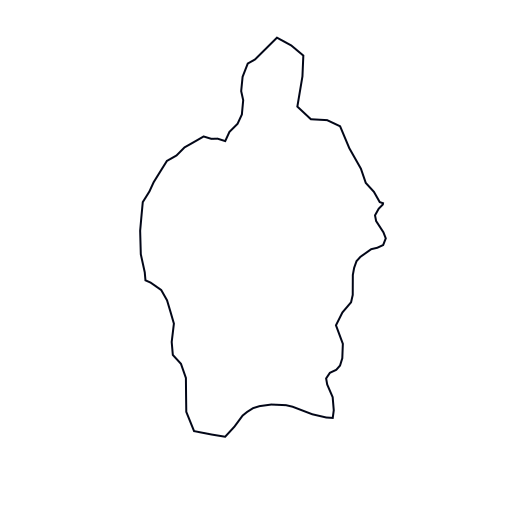 outline of Kaechon City, P'yŏngan-namdo, North Korea, rotated 150°
{"feature_id": "82179303B11143169061479", "entity_name": "Kaechon City", "entity_type": "district", "adm_level": 2, "iso_a3": "PRK", "parent_name": "North Korea", "parent_adm1": "P'yŏngan-namdo", "projection": "albers", "projection_center": [125.98, 39.701], "detail": "fine", "context": "isolated", "style": "outline", "palette": "ink", "viewbox_px": 512, "rotation_deg": 150, "n_neighbors": 0, "source": "geoboundaries", "source_scale": "gbopen_adm2", "svg_char_len": 1301}
<svg xmlns="http://www.w3.org/2000/svg" viewBox="0 0 512 512"><g transform="rotate(150 256 256)"><path d="M128.7,434.6L136.6,432.5L147.6,429.6L158.6,426.7L166.9,426.8L178.0,417.9L186.4,406.2L189.2,397.3L197.5,385.6L205.9,379.7L216.9,376.8L225.2,370.9L230.6,376.8L236.1,379.8L241.6,385.7L244.4,385.7L249.8,385.7L263.6,385.8L274.6,382.8L285.6,382.9L296.7,377.0L307.7,371.1L316.0,365.2L327.1,359.3L335.4,347.6L343.7,335.8L354.9,315.1L360.5,297.5L363.9,290.2L360.6,285.7L355.1,273.9L355.2,262.1L358.0,250.3L360.9,238.5L372.0,223.7L377.5,211.9L374.9,200.1L377.7,185.4L386.0,170.7L394.3,155.9L397.2,135.3L383.6,123.5L373.1,114.9L360.0,119.0L347.4,124.5L341.6,125.4L334.6,125.7L328.0,124.2L317.0,119.7L304.6,111.8L299.7,107.2L286.4,90.8L275.9,81.0L270.5,77.4L265.8,83.5L260.2,95.4L258.6,109.1L256.5,114.9L250.4,117.9L243.4,117.3L238.0,119.1L232.4,124.3L224.7,136.5L221.4,156.0L209.4,163.9L207.2,164.7L196.8,168.4L191.7,173.9L181.6,191.2L176.9,196.7L171.5,201.3L165.9,203.1L152.8,204.3L146.9,202.5L140.4,201.9L134.8,206.4L133.8,212.8L134.5,226.2L132.6,231.7L126.1,235.6L120.4,237.2L119.6,238.2L121.9,240.8L121.8,252.6L124.4,264.4L121.5,279.1L121.3,302.7L118.3,326.3L126.5,338.1L140.1,347.0L145.5,364.7L126.0,388.3L114.8,405.9L120.2,420.7L128.7,434.6Z" fill="none" stroke="#020617" stroke-width="2"/></g></svg>